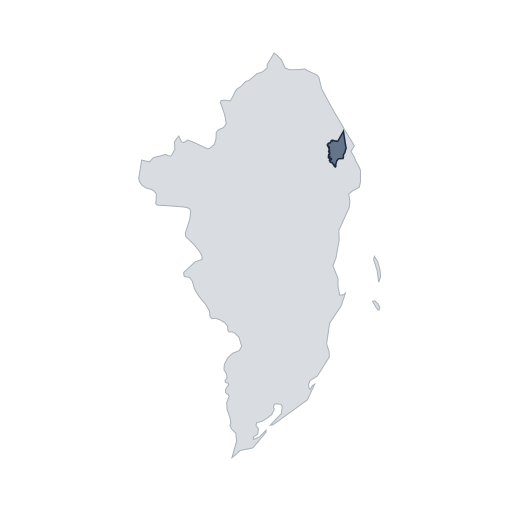 location of San Pedro Sula, Cortés, Honduras, rotated 102°
{"feature_id": "27666195B7809661399251", "entity_name": "San Pedro Sula", "entity_type": "district", "adm_level": 2, "iso_a3": "HND", "parent_name": "Honduras", "parent_adm1": "Cortés", "projection": "robinson", "projection_center": [-88.073, 15.5], "detail": "fine", "context": "in_parent", "style": "filled", "palette": "slate", "viewbox_px": 512, "rotation_deg": 102, "n_neighbors": 0, "source": "geoboundaries", "source_scale": "gbopen_adm2", "svg_char_len": 5694}
<svg xmlns="http://www.w3.org/2000/svg" viewBox="0 0 512 512"><g transform="rotate(102 256 256)"><path d="M458.3,237.6L441.5,236.5L433.6,238.8L430.2,244.0L427.2,246.3L424.7,245.8L419.7,247.8L412.1,252.4L405.3,254.2L399.1,253.1L397.4,254.2L396.9,255.7L396.0,257.2L393.6,258.0L390.9,257.5L387.8,255.9L386.2,256.6L386.1,259.6L384.4,260.4L381.3,259.0L377.8,260.1L373.9,263.7L368.4,264.4L361.3,262.4L355.9,258.5L352.0,252.7L347.3,251.3L339.2,255.6L335.8,260.6L335.1,263.6L335.9,266.4L334.4,268.2L330.6,269.1L327.8,272.5L325.8,278.4L325.4,282.9L326.6,286.1L324.7,288.4L319.8,289.9L314.0,295.0L307.2,303.6L300.6,309.6L293.9,313.0L290.7,316.7L290.9,320.9L290.5,322.2L289.2,322.7L287.1,323.3L274.2,314.2L270.5,307.9L267.3,308.9L263.3,312.1L257.6,319.2L251.5,328.8L248.6,329.9L233.3,328.4L225.3,329.3L223.6,330.6L222.9,334.1L223.3,338.9L225.6,355.9L226.8,362.9L225.6,365.0L221.5,365.4L216.2,366.3L213.3,369.5L212.6,372.8L212.3,377.5L210.6,382.2L207.3,385.6L204.1,386.9L185.9,387.8L186.2,379.9L181.0,376.7L178.0,370.2L175.4,365.7L176.2,363.1L176.0,359.9L168.6,357.5L161.6,359.4L157.7,358.1L154.7,356.5L159.8,352.6L160.1,350.2L158.5,348.5L156.8,347.3L157.3,342.9L158.4,337.8L161.2,325.6L160.1,323.5L155.5,319.9L149.6,319.5L143.2,320.6L140.1,318.8L137.3,314.6L132.7,312.6L124.6,315.9L115.9,321.0L113.3,322.8L111.1,322.5L110.1,318.8L109.7,314.3L109.1,313.2L104.5,311.7L99.1,310.5L96.4,309.3L93.8,306.3L87.4,302.4L85.9,299.5L77.3,292.8L75.6,289.5L73.6,287.1L69.5,284.1L66.2,284.8L55.3,281.0L53.7,280.6L55.2,277.3L58.7,272.1L66.2,266.4L66.8,261.8L64.8,252.9L62.9,247.1L63.9,244.5L66.3,234.1L68.1,231.7L78.9,226.5L79.9,225.7L88.5,218.4L98.0,210.2L107.8,201.2L118.8,191.2L124.9,185.3L127.7,182.8L134.0,184.8L139.0,180.1L141.9,178.5L148.6,172.8L150.7,171.6L162.0,169.2L167.4,169.3L172.2,175.1L176.0,178.2L183.1,175.5L189.1,174.9L213.7,180.3L223.5,177.9L241.5,177.4L249.6,178.7L261.0,171.1L268.3,169.6L276.9,166.0L275.8,162.4L273.7,160.8L286.8,162.3L306.4,170.0L327.2,168.7L334.7,164.5L339.6,163.3L360.9,171.2L366.6,177.3L371.0,177.9L374.4,176.5L375.3,175.3L371.1,173.9L369.2,172.0L386.0,175.8L417.8,204.5L418.5,206.9L404.9,198.4L397.8,199.0L395.9,200.4L396.3,205.0L397.0,207.2L400.1,207.5L402.3,206.2L407.9,207.7L411.7,210.8L416.2,215.5L418.9,220.7L421.8,220.8L424.6,217.7L430.0,217.3L433.5,220.8L436.0,220.5L432.5,215.2L424.3,209.9L426.3,209.6L444.4,219.2L449.6,231.2L453.8,234.0L458.3,237.6ZM245.4,134.3L234.9,140.2L231.7,140.1L236.5,135.6L244.2,131.7L250.7,129.8L256.1,130.6L245.4,134.3ZM281.1,128.1L276.1,132.5L275.2,130.5L277.6,126.5L280.6,124.2L283.5,124.5L282.8,126.2L281.1,128.1Z" fill="#d9dde1" stroke="#a8b0b8" stroke-width="1"/><path d="M152.4,196.8L151.9,196.6L151.1,196.6L150.8,197.0L149.9,196.9L149.2,197.0L146.1,196.8L143.7,195.5L142.6,191.2L141.7,191.0L138.4,191.5L138.0,191.3L136.6,190.6L132.5,190.4L132.0,190.2L126.3,192.5L115.8,196.4L126.3,199.7L126.5,199.8L126.7,200.0L126.8,200.3L126.8,200.5L126.8,200.8L127.0,200.9L127.1,201.0L126.9,201.3L127.0,201.4L126.9,201.5L126.9,201.8L126.9,202.0L127.0,202.2L127.0,202.3L127.1,202.6L127.2,202.8L127.0,203.0L127.0,203.3L127.0,203.5L126.9,203.6L126.8,203.9L126.8,204.0L126.9,204.3L126.9,204.5L126.9,204.8L127.0,204.7L127.0,204.8L127.1,205.1L127.2,205.3L127.3,205.3L127.2,205.4L127.2,205.5L127.3,205.6L127.3,205.8L127.4,206.0L127.5,206.0L127.4,206.0L127.5,206.0L127.6,206.3L127.8,206.2L127.9,206.3L128.1,206.4L128.3,206.3L128.5,206.4L128.6,206.5L129.0,206.7L129.1,206.8L129.3,206.9L129.5,206.9L129.6,207.0L129.8,207.2L130.0,207.1L130.1,207.4L130.2,207.5L130.3,207.7L130.3,207.8L130.3,208.0L130.5,208.3L130.6,208.2L130.8,208.3L131.0,208.4L131.1,208.5L131.3,208.6L131.3,208.8L131.5,208.9L131.5,209.0L131.8,209.2L131.9,209.3L132.0,209.3L132.3,209.3L132.5,209.3L132.6,209.2L132.9,209.1L133.0,209.0L133.1,208.9L133.2,208.7L133.4,208.8L133.5,208.7L133.6,208.4L133.8,208.3L134.0,208.3L134.1,208.2L134.2,207.9L134.2,207.6L134.3,207.5L134.2,207.5L134.2,207.4L134.1,207.5L134.0,207.4L133.9,207.4L133.9,207.2L134.1,207.0L134.3,207.0L134.6,207.0L134.8,207.2L135.0,207.3L135.4,207.3L135.5,207.2L135.7,206.9L135.8,206.9L136.0,206.6L136.3,206.5L136.6,206.6L136.8,206.5L137.0,206.4L137.1,206.2L137.2,206.3L137.4,206.5L137.5,206.6L137.8,206.6L137.9,206.4L138.0,206.2L138.3,206.1L138.4,206.3L138.4,206.6L138.5,206.7L138.9,206.4L139.0,206.0L139.1,205.8L139.2,205.5L139.3,205.5L139.5,205.5L139.4,206.0L139.5,206.1L139.8,205.9L140.0,205.7L140.1,205.2L140.3,205.2L140.4,205.3L140.4,205.5L140.5,205.6L140.8,205.6L141.0,205.5L141.0,205.4L140.9,205.3L141.0,205.2L141.2,205.3L141.3,205.3L141.4,205.6L141.5,205.8L141.7,206.0L141.8,206.0L142.0,205.9L142.3,205.9L142.5,206.0L142.6,205.9L142.9,205.5L143.0,205.2L143.1,204.9L143.2,205.0L143.3,205.1L143.5,205.3L143.4,205.4L143.3,205.5L143.5,205.7L143.8,205.4L144.0,205.1L144.3,205.1L144.2,205.2L144.2,205.4L144.2,205.5L144.3,205.6L144.4,205.4L144.5,205.3L144.6,205.2L144.9,205.1L144.8,204.9L145.0,205.0L145.2,203.4L145.1,203.2L144.9,203.0L144.9,202.9L145.0,202.9L145.1,202.7L145.3,202.7L145.3,202.4L145.5,202.3L145.8,202.3L146.0,202.6L146.2,202.8L146.3,202.8L146.5,203.0L146.3,203.2L146.2,203.3L146.1,203.5L147.0,204.2L147.9,203.1L148.0,203.1L148.4,203.3L148.5,203.3L148.6,203.1L148.6,202.9L148.6,202.7L148.7,202.4L148.9,202.2L149.0,202.1L148.9,201.9L148.8,201.7L148.7,201.6L148.6,201.3L148.6,201.2L148.8,200.9L149.1,200.7L149.3,200.7L149.5,200.5L149.5,200.4L149.8,200.1L150.0,199.8L150.1,199.6L150.1,199.4L150.1,199.2L150.1,198.9L150.4,198.7L150.5,198.7L150.6,198.8L150.7,198.7L150.8,198.7L150.9,198.4L151.0,198.4L151.2,198.2L151.3,198.3L151.4,198.1L151.5,198.1L151.8,198.0L152.0,198.0L152.1,197.9L152.2,197.7L152.2,197.4L152.1,197.2L152.3,197.2L152.4,196.8L152.4,196.8Z" fill="#64748b" stroke="#1e293b" stroke-width="1.5"/></g></svg>